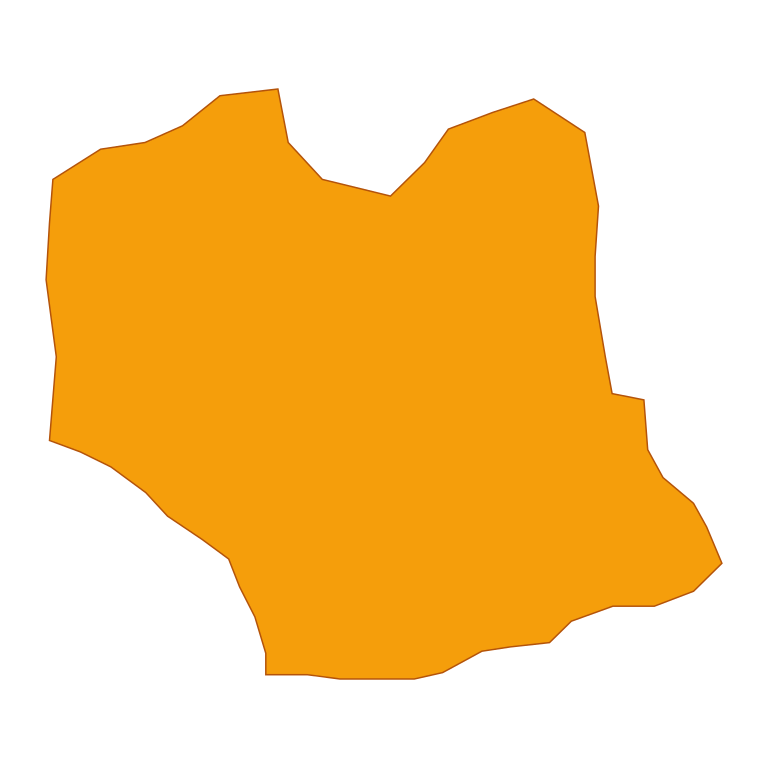 the district of Livadia Ammochostou, Cyprus
{"feature_id": "46923920B52729899789511", "entity_name": "Livadia Ammochostou", "entity_type": "district", "adm_level": 2, "iso_a3": "CYP", "parent_name": "Cyprus", "parent_adm1": "", "projection": "robinson", "projection_center": [34.038, 35.398], "detail": "fine", "context": "isolated", "style": "filled", "palette": "amber", "viewbox_px": 768, "rotation_deg": 0, "n_neighbors": 0, "source": "geoboundaries", "source_scale": "gbopen_adm2", "svg_char_len": 746}
<svg xmlns="http://www.w3.org/2000/svg" viewBox="0 0 768 768"><path d="M49.5,440.5L80.3,451.9L110.9,466.9L145.8,492.6L167.6,516.2L202.5,539.7L228.7,559.0L239.6,586.9L254.9,616.9L265.8,653.3L265.8,674.7L307.3,674.7L340.0,679.0L374.9,679.0L414.2,679.0L442.6,672.6L481.9,651.2L510.2,646.9L549.5,642.6L571.3,621.2L612.8,606.2L654.3,606.2L693.6,591.2L721.9,563.3L706.6,526.9L693.5,503.3L663.0,477.6L647.7,449.7L643.9,399.9L612.1,393.6L605.3,356.8L595.1,296.5L595.1,256.4L598.5,206.1L584.8,132.5L533.7,99.0L492.8,112.4L448.4,129.1L424.6,162.6L390.5,196.1L322.3,179.4L288.2,142.5L277.9,89.0L220.0,95.7L182.5,125.8L145.0,142.5L100.6,149.2L52.9,179.4L49.5,222.9L46.1,279.8L56.3,356.8L49.5,440.5Z" fill="#f59e0b" stroke="#b45309" stroke-width="1.5"/></svg>